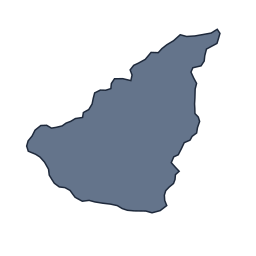 Embaúba, São Paulo, Brazil (Robinson projection), rotated 83°
{"feature_id": "56859067B66674358834369", "entity_name": "Embaúba", "entity_type": "district", "adm_level": 2, "iso_a3": "BRA", "parent_name": "Brazil", "parent_adm1": "São Paulo", "projection": "robinson", "projection_center": [-48.853, -20.954], "detail": "fine", "context": "isolated", "style": "filled", "palette": "slate", "viewbox_px": 256, "rotation_deg": 83, "n_neighbors": 0, "source": "geoboundaries", "source_scale": "gbopen_adm2", "svg_char_len": 1353}
<svg xmlns="http://www.w3.org/2000/svg" viewBox="0 0 256 256"><g transform="rotate(83 128 128)"><path d="M45.3,25.2L40.9,27.4L43.9,33.9L44.4,43.0L44.8,50.3L44.3,58.7L41.8,64.8L46.9,72.1L50.1,79.3L53.3,84.6L56.9,88.8L55.8,95.9L62.0,102.5L64.9,109.8L66.5,114.7L70.6,118.8L75.9,117.5L81.3,119.4L78.4,127.2L77.5,135.4L81.8,139.1L86.8,140.2L87.8,145.5L87.0,150.9L89.1,156.8L94.1,158.8L99.8,160.7L104.9,164.7L107.2,170.4L112.0,171.8L112.2,179.1L114.4,184.0L115.6,188.9L117.9,193.1L118.6,199.2L118.8,204.0L115.4,208.4L114.9,214.2L118.8,220.5L124.3,224.2L128.6,228.7L133.6,230.8L138.9,229.8L142.8,222.9L146.0,219.0L151.7,215.0L159.2,211.9L165.2,211.9L169.2,210.1L173.8,207.9L178.1,203.4L179.5,197.8L182.9,193.1L186.6,191.1L190.4,188.9L195.1,182.3L195.1,175.4L197.3,170.0L199.6,162.1L201.4,154.7L203.7,148.1L207.3,143.5L209.6,138.6L211.0,132.0L212.6,120.4L215.1,114.5L213.9,106.1L209.7,99.0L204.4,100.4L199.1,100.1L194.8,98.2L191.6,94.3L188.6,89.6L184.8,87.6L180.1,86.6L177.2,82.5L172.7,85.8L167.7,89.3L162.2,86.1L160.7,81.4L155.0,77.5L149.4,74.0L147.6,67.9L144.1,65.4L141.3,60.5L136.1,59.0L130.2,56.1L125.7,56.9L121.8,59.8L116.7,59.3L112.2,59.0L106.7,58.0L102.1,57.3L97.5,56.6L92.1,54.5L86.2,56.8L80.2,58.7L76.1,56.3L75.2,47.9L70.8,44.2L65.6,43.0L59.2,40.5L56.7,34.1L54.9,29.4L50.5,27.4L45.3,25.2Z" fill="#64748b" stroke="#1e293b" stroke-width="1.5"/></g></svg>